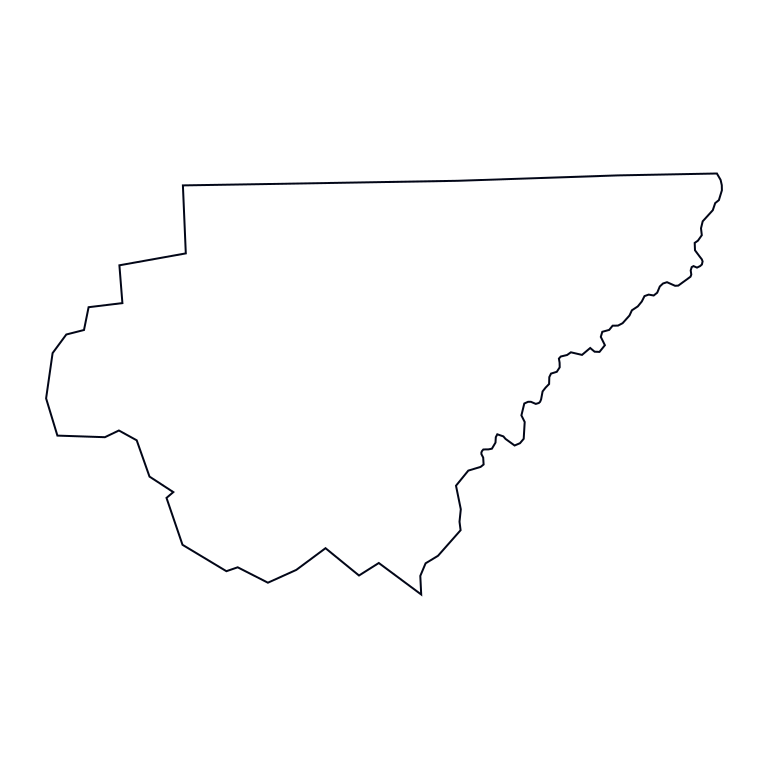 Rabun, Georgia, United States of America (Albers equal-area conic projection)
{"feature_id": "52423323B22473202242420", "entity_name": "Rabun", "entity_type": "district", "adm_level": 2, "iso_a3": "USA", "parent_name": "United States of America", "parent_adm1": "Georgia", "projection": "albers", "projection_center": [-83.284, 34.858], "detail": "fine", "context": "isolated", "style": "outline", "palette": "ink", "viewbox_px": 768, "rotation_deg": 0, "n_neighbors": 0, "source": "geoboundaries", "source_scale": "gbopen_adm2", "svg_char_len": 1621}
<svg xmlns="http://www.w3.org/2000/svg" viewBox="0 0 768 768"><path d="M716.9,173.5L617.8,175.4L457.5,180.8L263.4,184.1L182.9,185.4L185.8,253.4L119.4,265.3L122.4,303.1L88.6,307.2L84.0,330.0L66.3,334.5L52.6,353.1L46.1,398.4L57.4,435.6L104.9,437.2L118.9,430.5L136.7,440.3L149.5,476.6L173.3,492.1L166.5,497.9L182.5,544.8L226.4,571.2L237.7,567.3L267.9,582.7L296.3,569.9L325.5,548.2L359.0,575.5L378.8,563.0L421.2,594.5L420.3,575.9L425.6,563.3L438.0,555.8L460.6,530.2L459.5,521.7L460.8,509.3L456.0,485.7L468.3,470.6L480.6,466.9L483.6,464.5L483.2,457.6L481.4,454.1L481.4,452.4L482.1,450.9L483.3,449.5L485.7,449.4L488.3,449.4L491.9,448.7L495.5,442.6L495.8,437.2L497.3,434.3L503.4,436.4L505.5,438.9L514.6,445.5L520.0,443.2L523.7,438.8L524.7,422.0L521.4,415.4L524.3,403.5L528.1,401.8L530.9,401.8L533.7,403.0L535.8,403.9L538.8,403.0L540.1,401.8L541.1,399.4L542.6,391.4L545.6,387.6L549.1,384.0L549.3,377.1L551.0,373.6L556.8,371.8L559.7,367.3L559.6,362.7L558.9,358.6L560.8,356.5L567.1,355.0L570.9,352.3L582.0,354.9L590.2,348.0L594.6,351.7L599.5,351.9L604.9,345.2L600.8,336.9L602.3,331.8L609.2,329.9L612.6,325.7L618.0,325.6L622.6,323.2L629.5,315.5L631.9,310.3L637.8,306.4L641.8,301.5L644.5,296.1L648.7,294.6L653.7,295.5L657.2,292.7L659.8,286.5L663.0,283.5L667.0,282.2L675.1,285.8L678.3,285.6L690.5,276.7L691.3,274.6L690.7,270.4L691.7,267.1L693.5,266.1L697.0,267.6L700.1,266.1L701.9,264.5L702.6,261.4L701.8,259.3L699.7,256.6L695.0,250.3L694.7,242.9L697.9,240.7L701.8,235.2L701.0,228.3L702.7,221.3L712.8,210.2L715.2,203.1L718.9,200.1L721.9,190.3L721.8,185.2L720.6,179.9L716.9,173.5Z" fill="none" stroke="#020617" stroke-width="2"/></svg>